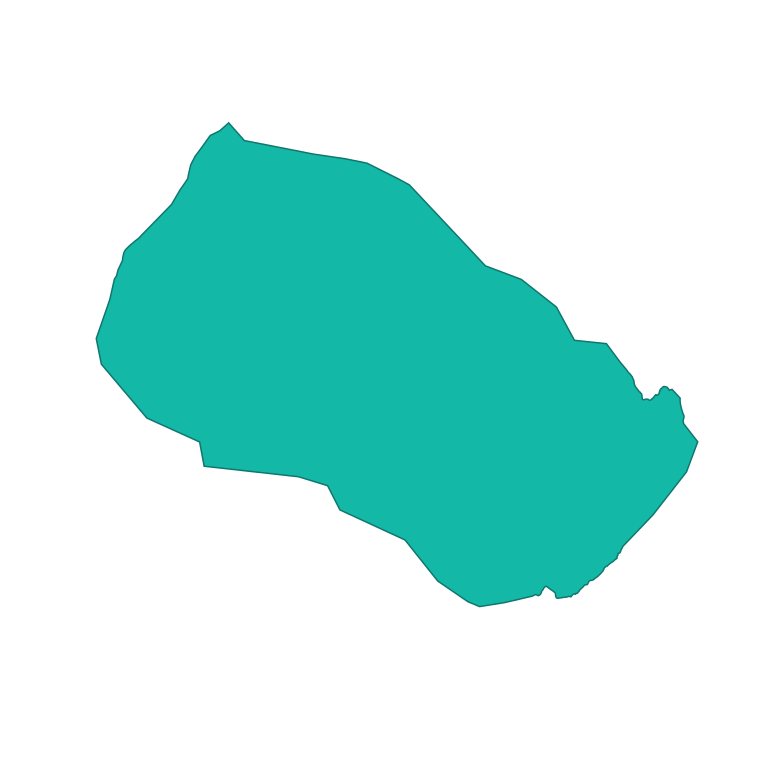 O'ndorxangai, Uvs, Mongolia, rotated 129°
{"feature_id": "93677404B26996117801254", "entity_name": "O'ndorxangai", "entity_type": "district", "adm_level": 2, "iso_a3": "MNG", "parent_name": "Mongolia", "parent_adm1": "Uvs", "projection": "robinson", "projection_center": [94.78, 49.157], "detail": "fine", "context": "isolated", "style": "filled", "palette": "teal", "viewbox_px": 768, "rotation_deg": 129, "n_neighbors": 0, "source": "geoboundaries", "source_scale": "gbopen_adm2", "svg_char_len": 3519}
<svg xmlns="http://www.w3.org/2000/svg" viewBox="0 0 768 768"><g transform="rotate(129 384 384)"><path d="M206.9,156.7L208.1,157.7L208.8,158.0L209.2,158.3L209.4,158.6L209.1,159.0L208.8,159.6L208.6,160.4L208.6,160.7L208.7,161.2L208.5,161.7L208.4,162.2L208.7,162.9L209.5,164.6L209.9,165.0L210.6,165.3L211.2,165.5L211.8,165.5L212.5,165.5L213.6,165.8L215.0,165.7L216.5,165.1L218.4,164.2L218.8,164.2L219.2,164.4L220.1,164.4L220.8,164.5L221.1,164.7L221.1,165.3L221.1,165.8L221.4,166.0L222.2,166.2L223.9,166.1L224.7,166.1L225.6,166.1L226.4,166.2L227.1,166.5L228.2,166.5L228.8,166.8L229.4,167.3L229.6,167.8L229.7,168.5L229.7,169.2L230.0,169.7L230.5,170.5L231.0,171.0L231.6,171.4L232.2,171.8L233.1,172.7L233.3,173.3L233.3,173.6L233.0,173.9L232.3,174.6L231.6,175.3L231.0,176.0L230.6,176.6L230.1,176.9L229.8,177.3L229.6,177.8L229.6,178.3L229.2,179.6L229.2,180.1L229.4,180.6L229.4,181.0L229.0,181.9L228.8,182.8L228.6,184.0L228.2,185.3L228.2,185.9L227.3,188.1L226.6,189.3L224.2,191.9L223.5,193.1L223.1,194.3L222.2,195.6L221.7,197.7L221.3,199.1L221.4,200.1L221.0,202.2L220.3,204.5L218.3,214.7L212.7,236.5L230.2,263.5L215.7,298.4L216.3,343.1L228.4,379.6L224.5,407.5L213.3,489.6L215.6,502.1L223.1,536.2L233.1,555.4L250.0,584.0L282.7,645.7L278.8,669.1L279.3,669.1L290.7,671.0L300.1,675.4L301.2,675.4L313.7,674.6L325.8,674.1L335.1,672.2L340.5,669.6L345.4,667.2L347.7,665.8L350.4,665.5L355.2,665.1L361.4,664.7L370.5,663.3L378.2,662.1L419.1,665.9L424.9,666.3L428.9,667.3L436.0,668.7L439.6,669.1L442.4,669.4L445.6,668.8L449.4,667.0L452.8,664.9L462.0,662.7L464.5,661.7L468.3,659.9L472.2,659.5L490.8,650.3L529.8,636.2L546.5,616.1L559.7,546.8L545.1,490.8L561.1,472.0L509.9,392.1L498.5,363.8L509.6,339.0L492.0,269.5L503.3,218.2L500.4,181.7L496.8,169.6L478.0,152.7L455.6,135.3L452.3,133.8L452.0,132.9L451.7,132.0L451.5,131.0L450.2,130.3L449.1,130.1L448.3,130.2L447.2,130.4L446.5,130.7L446.1,131.0L445.6,131.1L444.3,131.0L443.0,131.2L442.2,131.3L441.2,131.4L440.2,131.3L439.5,130.9L438.9,130.0L438.9,126.6L438.7,124.0L438.6,122.7L438.5,121.8L438.6,120.8L438.6,120.1L438.7,119.3L439.4,118.5L440.9,117.0L441.6,115.7L441.6,114.9L441.2,114.1L439.7,112.8L438.6,111.7L437.2,110.5L436.2,109.5L434.7,108.0L433.7,107.4L433.2,107.1L432.8,106.9L432.6,106.2L432.2,105.9L432.0,105.7L432.0,105.3L431.7,104.9L431.5,104.7L431.0,104.7L430.2,104.9L429.2,104.8L428.1,104.5L427.1,103.8L426.9,103.6L427.0,103.1L426.8,102.9L426.3,103.0L425.7,102.9L425.4,102.4L425.0,102.0L424.4,102.0L423.6,102.1L422.8,102.0L421.8,102.1L421.2,102.2L420.8,102.3L420.0,102.1L418.6,102.0L417.2,101.7L415.4,101.6L414.4,101.7L413.8,101.5L413.1,100.8L412.5,100.2L411.9,99.8L411.4,99.8L410.7,100.0L409.8,100.3L408.3,100.5L407.3,100.3L406.6,99.7L405.9,99.0L404.8,98.3L403.8,97.9L402.5,97.8L401.0,97.3L399.8,97.0L398.7,96.7L397.2,96.6L395.9,96.4L394.9,96.3L393.7,96.3L392.7,96.2L391.3,96.2L390.2,96.4L389.6,96.6L388.7,97.0L388.0,97.0L387.1,96.8L386.3,96.7L385.4,96.3L385.0,95.9L384.5,95.9L383.6,95.8L382.7,95.7L381.4,95.4L380.2,95.1L379.2,94.8L378.3,94.4L377.7,94.3L376.9,94.1L375.9,94.1L374.9,93.8L373.8,93.5L373.0,93.3L372.5,93.4L371.9,93.9L371.3,94.4L370.8,94.5L370.2,94.5L369.8,94.5L369.5,94.6L369.2,95.1L368.7,95.4L368.1,95.3L367.5,94.9L367.0,94.5L366.4,94.5L365.7,94.6L364.6,95.0L363.8,95.4L362.9,95.5L362.0,95.7L360.8,95.9L360.0,96.2L316.3,92.6L289.1,93.1L261.9,93.6L231.5,103.8L226.3,126.0L225.2,127.6L223.9,128.7L220.9,130.0L219.8,131.0L219.1,132.6L216.2,137.0L215.1,138.5L212.7,141.4L210.0,144.0L208.6,145.0L206.9,156.7Z" fill="#14b8a6" stroke="#0f766e" stroke-width="1.5"/></g></svg>